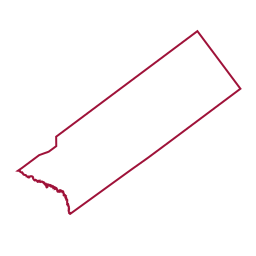 outline of Copo, Santiago del Estero, Argentina, rotated 323°
{"feature_id": "61730980B42398597949751", "entity_name": "Copo", "entity_type": "district", "adm_level": 2, "iso_a3": "ARG", "parent_name": "Argentina", "parent_adm1": "Santiago del Estero", "projection": "natural_earth1", "projection_center": [-63.674, -25.942], "detail": "fine", "context": "isolated", "style": "outline", "palette": "rose", "viewbox_px": 256, "rotation_deg": 323, "n_neighbors": 0, "source": "geoboundaries", "source_scale": "gbopen_adm2", "svg_char_len": 4726}
<svg xmlns="http://www.w3.org/2000/svg" viewBox="0 0 256 256"><g transform="rotate(323 128 128)"><path d="M241.4,164.3L241.7,92.4L65.4,91.7L59.8,99.3L50.4,99.2L40.8,96.2L18.8,96.1L14.3,95.9L14.4,96.0L15.0,96.0L15.4,96.1L15.4,96.7L15.4,97.1L15.8,97.2L15.9,97.3L15.9,97.5L15.7,97.6L15.6,98.1L15.8,98.6L15.9,98.9L16.3,99.4L16.3,99.7L16.8,99.8L16.8,100.7L16.7,100.9L16.6,101.1L16.7,101.3L16.7,101.5L16.5,101.9L16.5,102.2L16.8,102.8L17.0,102.8L17.1,103.1L17.2,103.3L17.4,103.5L17.5,103.6L18.0,104.0L18.1,104.8L17.8,105.5L18.3,105.9L18.4,106.1L18.4,106.3L18.4,106.8L18.5,107.2L18.7,107.4L18.9,107.4L19.1,107.3L19.1,107.7L19.1,107.9L19.3,108.0L19.5,107.9L19.6,107.7L20.2,107.7L20.4,107.6L20.9,107.7L21.2,108.2L21.6,108.2L21.8,108.3L22.0,108.6L22.3,109.0L22.5,109.2L22.6,109.8L22.5,110.0L22.3,110.1L22.2,110.6L22.0,110.9L22.1,111.0L21.9,111.3L21.8,111.6L21.7,111.8L21.7,112.1L21.8,112.4L21.8,112.5L21.7,113.0L21.9,113.3L21.9,113.7L22.1,113.8L22.3,113.7L22.7,113.7L22.7,113.8L22.6,114.0L22.8,114.3L23.2,114.2L23.3,114.4L23.3,114.6L23.5,115.0L23.5,115.5L23.5,116.1L23.4,116.1L23.4,116.3L23.6,116.3L24.3,116.1L24.7,116.2L24.8,116.4L24.8,116.6L24.6,116.9L24.2,116.8L24.1,117.0L24.5,117.2L24.6,117.3L25.0,117.4L25.0,117.5L24.9,117.6L25.2,118.0L25.3,117.9L25.1,117.7L25.3,117.4L25.6,117.3L25.5,117.6L25.5,117.8L25.8,117.8L26.1,118.6L26.4,118.7L26.6,118.9L27.1,118.9L27.2,119.1L26.9,119.4L27.2,120.0L27.3,120.1L27.9,120.3L28.0,120.4L28.0,120.5L27.9,120.6L27.9,120.8L28.0,120.9L28.2,121.1L28.2,121.5L27.5,121.7L27.5,121.8L27.8,122.0L27.9,121.8L28.0,121.8L28.0,122.0L28.2,122.4L28.6,122.8L28.7,123.1L28.5,123.3L28.1,122.7L28.0,122.8L27.7,123.2L27.7,123.5L27.9,123.7L27.9,123.9L27.9,124.1L27.9,124.3L27.8,125.0L27.5,125.6L27.3,126.1L27.3,126.5L27.5,126.6L27.8,126.6L27.8,126.4L27.7,126.1L27.7,125.9L27.9,125.9L27.9,126.0L28.0,126.0L27.9,125.8L27.9,125.6L28.0,125.3L27.9,125.2L28.0,125.0L28.0,124.8L28.2,124.7L28.3,124.7L28.6,124.5L28.5,125.0L28.3,125.2L28.6,125.4L28.9,125.3L29.2,125.5L29.6,125.2L29.7,124.8L29.9,124.6L30.1,124.7L30.1,124.9L30.1,125.1L30.1,125.4L29.8,125.7L29.7,125.9L29.8,126.0L30.0,125.9L30.4,126.0L30.5,126.1L30.6,126.3L30.5,126.5L30.6,127.0L30.8,127.1L31.3,126.4L31.4,126.5L31.3,126.8L31.4,127.0L31.5,127.1L31.5,127.3L31.3,127.6L31.4,127.8L31.2,128.2L31.2,128.4L31.3,128.7L31.5,128.8L31.7,128.7L31.4,128.4L31.5,128.2L31.6,127.8L31.9,128.0L32.0,128.0L32.0,127.9L31.8,127.7L32.0,127.5L32.2,127.9L32.0,128.7L31.8,129.0L32.0,129.2L32.3,129.1L32.6,129.1L32.8,129.3L32.6,129.5L32.7,129.8L32.9,129.8L32.9,129.6L33.1,129.5L33.2,129.9L33.2,130.0L32.9,129.9L32.5,130.2L32.4,130.4L32.3,130.7L32.2,130.8L32.1,131.1L32.3,131.2L32.4,131.3L32.3,130.9L32.5,130.7L32.8,130.8L32.9,131.0L33.0,131.1L33.4,131.2L33.7,130.9L33.8,131.0L33.9,131.3L34.0,131.5L33.7,131.4L33.6,131.5L33.2,131.7L33.2,131.8L33.5,132.2L33.4,132.3L33.5,132.3L33.7,132.2L33.9,132.3L33.8,132.5L33.9,132.8L34.2,133.2L34.1,133.3L33.8,133.2L33.7,133.3L33.8,133.4L33.8,133.7L34.0,134.1L34.0,134.6L34.4,134.6L34.3,135.0L34.1,135.2L34.1,135.3L33.8,135.6L33.5,136.1L33.5,136.4L33.6,136.5L33.7,136.3L33.8,136.4L33.8,136.5L34.1,136.5L34.3,136.3L34.3,136.1L34.5,136.1L34.6,136.8L34.4,136.9L34.4,137.0L34.7,137.0L34.9,137.1L35.2,136.9L35.4,137.0L35.6,136.9L35.6,137.1L35.3,137.1L35.0,137.3L34.9,137.4L35.1,138.0L35.4,138.0L35.5,138.0L35.3,137.7L35.5,137.4L35.7,137.5L36.1,137.4L36.1,137.5L36.2,137.9L36.3,137.9L36.3,137.5L36.6,137.4L36.8,137.3L36.9,137.5L36.5,137.7L36.5,137.8L36.9,137.9L37.0,138.1L37.3,138.5L37.2,138.5L37.1,138.8L37.3,138.9L37.5,139.2L37.8,139.4L37.7,139.6L37.7,139.9L37.5,140.0L37.8,140.2L37.7,140.4L37.4,140.5L37.3,140.8L37.2,141.0L37.3,141.3L37.2,141.5L37.3,141.7L37.0,141.9L36.9,142.2L36.6,142.4L36.5,142.6L36.7,143.0L36.4,143.1L36.2,143.1L36.2,143.3L36.4,143.4L36.7,143.6L37.2,143.5L37.4,143.7L37.4,143.9L37.2,143.9L37.1,144.1L37.3,144.3L37.3,144.5L37.2,144.7L37.1,144.9L37.2,145.0L36.8,145.2L36.5,145.3L36.1,145.8L36.1,146.0L36.5,145.9L36.7,145.6L36.9,145.7L36.9,145.9L36.5,146.3L36.6,146.8L36.6,147.0L36.4,147.2L36.3,146.9L36.0,146.9L35.9,147.0L35.9,147.6L36.0,147.5L36.2,147.9L36.2,148.0L35.8,147.9L35.7,148.0L36.0,148.2L36.2,148.6L36.2,148.8L36.0,149.0L35.9,149.1L35.7,149.7L35.5,149.9L35.2,150.0L34.7,150.5L34.4,151.5L34.2,151.7L33.9,151.8L33.8,152.0L33.7,152.1L34.3,152.3L34.4,152.5L33.9,153.0L34.0,153.5L33.3,154.0L33.4,154.4L33.6,154.6L33.6,154.9L33.2,155.3L33.2,155.5L32.8,155.9L32.8,156.2L32.4,156.5L32.5,156.8L32.4,156.9L32.1,156.8L31.9,157.0L31.7,157.9L31.6,158.0L31.0,158.0L30.4,159.2L30.3,159.3L30.2,159.7L30.3,160.3L30.5,160.5L30.7,160.8L30.4,160.7L30.0,160.8L30.1,161.1L29.9,161.1L30.0,161.5L30.4,161.5L30.5,161.6L30.5,161.8L51.7,162.2L105.3,163.2L126.0,163.8L154.6,164.0L241.4,164.3Z" fill="none" stroke="#9f1239" stroke-width="2"/></g></svg>